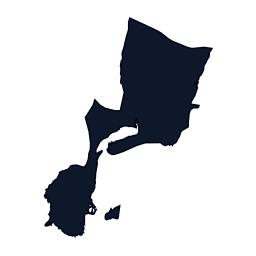 Howth-Malahide Lea-7, Dublin, Ireland (Natural Earth projection), rotated 92°
{"feature_id": "5873133B80891439467393", "entity_name": "Howth-Malahide Lea-7", "entity_type": "district", "adm_level": 2, "iso_a3": "IRL", "parent_name": "Ireland", "parent_adm1": "Dublin", "projection": "natural_earth1", "projection_center": [-6.109, 53.412], "detail": "fine", "context": "isolated", "style": "filled", "palette": "ink", "viewbox_px": 256, "rotation_deg": 92, "n_neighbors": 0, "source": "geoboundaries", "source_scale": "gbopen_adm2", "svg_char_len": 4774}
<svg xmlns="http://www.w3.org/2000/svg" viewBox="0 0 256 256"><g transform="rotate(92 128 128)"><path d="M118.6,171.0L132.8,166.7L144.3,164.9L150.6,164.8L155.1,166.2L160.0,166.4L165.4,168.0L168.0,169.8L168.7,171.3L166.9,178.2L167.4,182.4L168.4,183.7L168.1,184.2L169.5,184.8L172.0,187.2L171.9,188.2L173.4,191.1L173.1,191.8L174.8,194.8L176.7,194.9L177.4,195.5L181.1,197.1L183.0,199.7L184.0,199.9L184.0,200.8L184.4,200.6L187.6,203.1L187.5,203.9L188.2,204.7L191.8,205.7L191.8,206.9L192.6,207.9L193.8,206.9L195.3,207.7L196.7,207.5L197.3,208.5L198.7,209.1L200.5,208.2L199.8,207.7L200.4,207.5L200.0,207.2L200.7,207.1L201.1,205.7L203.1,205.7L204.9,205.0L204.4,204.5L204.8,203.1L207.3,202.2L209.4,202.6L212.3,202.1L216.7,203.7L217.1,204.3L217.0,203.7L217.3,204.0L217.5,203.4L218.8,202.7L221.6,202.7L223.9,204.0L226.3,206.6L227.1,206.5L227.7,207.4L228.3,207.3L228.7,206.6L227.7,206.3L228.4,206.1L227.7,206.0L227.5,205.2L228.4,205.1L228.0,203.6L226.2,203.3L226.9,202.8L225.7,202.7L226.0,201.8L226.7,202.0L227.3,201.3L226.5,201.3L225.1,200.3L224.5,199.5L224.7,198.7L226.3,198.1L227.9,196.5L229.1,194.1L231.0,193.6L230.6,191.9L231.7,190.5L232.6,190.3L232.2,189.9L233.1,189.8L235.3,187.6L234.9,186.5L236.2,185.7L236.6,183.4L237.3,183.3L237.3,183.0L236.8,183.3L236.9,182.7L236.3,183.1L236.7,182.3L236.2,182.1L237.9,180.0L236.6,179.2L236.7,178.3L237.4,178.3L237.3,177.4L237.8,177.2L237.2,177.1L237.1,175.1L236.3,174.8L235.7,173.3L236.8,172.1L236.2,171.5L236.7,171.4L236.0,171.2L236.4,170.5L235.4,170.0L233.5,169.9L233.8,169.0L232.5,169.7L230.8,168.6L226.4,169.2L226.2,168.8L224.9,168.9L225.2,168.5L224.1,168.9L224.5,168.5L223.3,168.2L219.4,168.6L220.2,168.1L218.8,168.6L215.6,168.2L214.6,164.6L215.5,159.8L214.8,158.8L211.0,157.3L210.4,156.2L210.4,158.2L211.1,157.9L214.5,159.2L215.0,160.0L214.9,160.5L214.2,160.7L210.5,161.0L212.8,161.0L214.5,162.4L213.9,164.6L212.1,164.5L210.9,165.1L209.6,164.4L208.5,162.9L208.1,163.1L207.5,162.1L208.1,161.1L208.9,160.7L208.5,160.1L207.0,161.6L208.2,164.0L208.0,164.5L206.9,164.9L206.2,164.7L205.4,162.9L204.4,162.7L205.3,162.7L205.4,161.5L208.0,158.7L209.0,159.3L208.3,157.9L203.6,161.7L201.2,161.7L200.5,162.1L200.4,163.1L199.6,163.5L194.8,162.5L192.2,160.4L188.2,159.1L186.8,159.4L183.8,158.8L181.1,159.2L177.5,158.8L174.8,158.9L165.0,157.5L161.9,157.9L157.6,156.6L152.5,153.0L151.6,153.4L154.5,158.2L153.8,159.4L150.5,159.3L143.0,155.8L139.8,152.5L137.9,148.3L134.3,145.6L132.6,142.8L131.6,139.3L130.1,138.4L130.0,137.2L129.1,136.6L128.3,136.7L127.6,135.8L126.1,132.0L125.8,129.2L126.4,127.8L126.2,123.8L127.4,119.8L125.5,119.9L125.5,120.6L124.9,120.8L123.9,120.8L123.2,120.3L122.9,121.5L122.9,120.4L121.1,120.5L121.6,119.9L121.1,119.8L120.4,120.8L119.9,120.4L120.3,119.7L119.9,120.1L120.0,119.7L119.0,119.6L119.5,119.1L120.3,119.4L119.6,119.1L120.0,118.9L120.6,119.4L120.5,118.8L123.2,118.5L126.6,117.2L131.8,117.0L134.4,118.4L133.9,118.2L135.3,120.1L134.9,120.7L135.9,122.6L135.5,122.9L136.6,124.9L136.3,126.6L139.3,131.9L141.7,139.3L140.7,139.6L141.7,139.3L143.2,140.6L142.6,141.3L143.3,142.2L143.0,143.0L143.8,143.0L144.3,143.2L146.0,144.2L144.7,143.8L143.8,143.0L143.3,143.2L142.8,143.9L143.9,143.8L144.3,144.6L143.7,146.2L145.2,146.8L147.9,146.5L148.8,146.6L151.1,146.3L149.6,146.7L151.0,146.8L150.9,147.4L151.4,146.9L150.8,147.6L148.0,146.5L150.2,147.9L150.9,147.8L152.7,147.0L154.1,145.3L155.0,142.7L154.6,140.1L151.6,132.1L145.1,118.8L142.1,110.4L141.4,95.1L143.8,91.6L144.2,89.7L143.5,89.0L142.8,86.1L143.6,85.8L142.8,83.9L143.7,83.0L142.6,82.6L140.8,79.7L137.8,78.0L136.3,77.7L135.4,76.7L130.0,75.1L128.6,73.9L124.7,67.9L122.5,67.9L123.4,69.1L121.8,68.1L111.7,67.5L108.9,66.8L108.2,66.3L108.3,65.9L108.1,66.3L107.0,65.7L105.3,62.8L105.4,59.2L104.5,58.2L103.0,57.9L102.1,65.2L101.9,65.8L100.8,66.0L99.2,65.6L93.7,62.6L88.2,60.9L88.3,60.4L88.0,60.8L85.4,60.1L84.4,60.2L84.1,61.0L83.0,61.4L82.7,61.1L82.2,62.0L81.5,62.1L82.2,61.5L81.5,61.6L79.7,63.1L80.5,62.0L82.3,61.2L82.4,60.3L79.7,59.5L77.3,60.2L77.2,59.5L76.1,58.9L74.3,58.9L72.4,56.9L69.2,55.3L67.0,54.6L62.8,54.3L60.5,52.8L55.8,50.8L55.2,50.1L53.8,49.5L49.1,49.2L48.1,48.7L48.0,48.1L45.6,46.9L44.8,54.8L46.4,67.0L45.4,71.7L39.8,86.8L37.3,91.1L32.2,98.0L29.7,102.6L18.1,130.0L18.7,130.2L22.0,131.0L29.8,130.8L35.9,132.5L47.5,134.8L52.6,136.2L54.2,136.4L58.5,135.8L61.1,136.5L61.2,137.0L66.3,137.7L66.6,137.3L71.0,137.0L73.6,137.3L76.5,136.4L82.3,136.9L83.8,136.3L83.5,135.8L84.0,135.3L91.0,133.4L91.8,132.8L108.7,135.9L109.5,135.7L111.1,136.7L111.3,141.7L109.1,151.7L106.1,157.0L101.0,162.1L106.2,163.5L117.8,170.1L118.6,171.0ZM218.5,141.6L218.0,140.0L219.1,135.8L218.3,134.8L206.0,133.6L208.4,138.2L211.2,140.9L209.3,142.1L213.0,143.9L214.9,147.1L217.5,147.7L219.6,147.4L220.4,146.1L219.2,143.4L219.4,142.3L218.5,141.6Z" fill="#0f172a" stroke="#020617" stroke-width="1.5"/></g></svg>